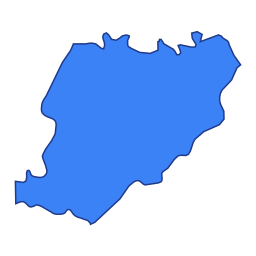 Piacenza, Natural Earth projection
{"feature_id": "ITA-5361", "entity_name": "Piacenza", "entity_type": "Province", "adm_level": 1, "iso_a3": "ITA", "parent_name": "Italy", "parent_adm1": "", "projection": "natural_earth1", "projection_center": [9.564, 44.845], "detail": "fine", "context": "isolated", "style": "filled", "palette": "blue", "viewbox_px": 256, "rotation_deg": 0, "n_neighbors": 0, "source": "natural_earth", "source_scale": "10m", "svg_char_len": 2108}
<svg xmlns="http://www.w3.org/2000/svg" viewBox="0 0 256 256"><path d="M240.6,64.8L237.0,67.8L231.6,79.9L222.0,90.1L220.5,93.2L219.7,96.8L219.7,101.2L220.7,104.6L223.8,111.2L224.0,119.1L219.5,124.6L203.8,131.6L195.0,139.2L193.1,142.7L190.4,151.0L188.5,154.2L185.9,155.5L180.6,155.2L178.1,155.9L174.2,159.5L167.8,168.2L163.2,171.4L161.7,173.3L162.1,179.3L161.4,181.6L158.4,182.9L145.1,184.9L143.3,184.1L140.2,181.4L138.5,180.6L136.0,180.8L133.4,182.2L128.8,186.1L120.0,198.8L94.7,222.4L90.5,224.3L90.3,223.1L87.6,220.4L77.4,217.0L75.1,215.8L73.4,214.2L70.5,210.2L68.9,209.5L67.7,209.6L66.8,210.3L64.8,213.0L63.3,213.7L61.1,214.2L56.5,214.2L54.3,213.8L52.7,213.1L51.8,212.4L41.3,206.3L38.4,205.2L36.3,204.9L33.7,206.2L31.5,206.9L30.0,206.8L28.8,206.3L26.7,204.1L24.7,202.3L23.0,201.7L21.5,201.6L18.8,202.4L15.8,203.7L15.4,181.3L23.4,182.4L25.9,181.0L26.5,178.5L26.7,177.2L26.6,174.2L26.6,172.7L27.3,170.7L28.3,170.3L29.2,170.6L29.8,171.5L31.1,174.8L32.3,175.9L34.4,176.7L39.0,177.4L41.3,177.4L43.3,176.8L44.5,175.9L46.0,174.3L46.6,172.9L46.9,171.4L46.8,170.1L45.5,165.3L43.0,158.6L42.6,157.4L42.4,156.1L43.5,153.3L45.5,149.3L51.5,140.8L55.2,133.9L56.1,125.5L56.1,124.1L55.9,122.7L55.5,121.6L54.9,120.6L54.2,119.9L52.2,118.6L47.5,116.8L45.3,115.7L44.3,115.0L42.8,113.5L42.2,112.6L41.6,111.1L41.4,109.1L41.7,105.5L42.1,103.4L42.7,101.7L44.1,99.0L46.1,96.1L62.5,62.3L70.6,50.4L71.6,48.2L73.4,43.9L85.1,43.9L90.6,43.1L92.9,43.3L95.8,43.9L101.0,48.1L103.6,48.9L104.7,45.1L104.2,42.0L103.2,39.1L102.8,36.4L103.8,34.0L104.7,33.6L106.4,32.9L108.6,34.8L111.7,39.4L116.1,40.2L119.4,38.3L122.4,35.9L126.0,35.0L129.1,35.7L129.3,37.0L128.3,38.7L127.6,40.6L127.7,44.7L128.1,46.3L131.3,48.4L139.7,52.4L150.2,53.4L158.0,50.2L157.9,41.7L158.7,41.2L159.2,41.3L159.4,41.0L159.5,39.4L161.1,39.4L163.9,43.8L173.4,49.3L175.4,51.9L176.6,54.6L179.0,54.7L180.7,52.9L179.9,49.6L178.1,45.5L180.3,44.8L191.2,47.1L195.1,47.0L196.1,44.6L192.3,38.4L191.7,33.1L197.2,31.7L202.1,34.4L200.3,41.7L218.5,34.9L221.5,36.2L222.6,37.8L227.6,41.0L228.7,42.8L229.3,45.2L234.0,55.5L240.6,64.8Z" fill="#3b82f6" stroke="#1e3a8a" stroke-width="1.5"/></svg>